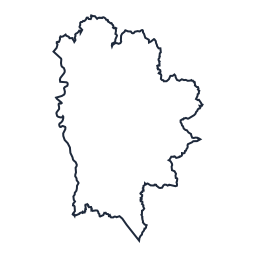 the district of Paranã, Tocantins, Brazil
{"feature_id": "56859067B79716917554970", "entity_name": "Paranã", "entity_type": "district", "adm_level": 2, "iso_a3": "BRA", "parent_name": "Brazil", "parent_adm1": "Tocantins", "projection": "natural_earth1", "projection_center": [-47.802, -12.753], "detail": "fine", "context": "isolated", "style": "outline", "palette": "slate", "viewbox_px": 256, "rotation_deg": 0, "n_neighbors": 0, "source": "geoboundaries", "source_scale": "gbopen_adm2", "svg_char_len": 5718}
<svg xmlns="http://www.w3.org/2000/svg" viewBox="0 0 256 256"><path d="M191.3,80.1L190.3,80.6L187.7,80.8L185.8,79.9L184.0,80.1L181.8,79.3L179.4,80.8L177.0,79.9L175.7,77.4L175.4,75.7L174.4,74.5L172.6,75.9L170.4,75.9L168.9,79.2L166.6,81.2L163.9,81.3L163.4,80.3L162.1,80.1L160.9,78.9L161.3,75.5L161.0,74.4L158.7,73.3L159.1,72.6L160.0,72.8L160.5,71.8L160.2,70.1L159.0,69.4L158.0,69.4L157.6,68.4L158.0,68.2L157.2,65.8L157.7,65.5L159.5,65.6L159.6,65.0L159.2,64.5L159.5,63.5L159.2,61.9L159.6,61.4L158.7,60.5L158.5,59.2L159.5,57.7L159.4,56.5L159.8,56.3L159.6,55.4L159.8,53.3L160.8,52.3L160.4,48.3L158.6,48.3L157.8,47.2L157.0,45.9L157.0,45.2L156.0,42.9L155.8,41.2L154.4,39.3L154.0,39.1L151.1,41.4L149.0,42.5L148.8,39.7L145.3,37.8L144.0,33.8L143.0,32.4L143.0,31.0L142.5,30.1L141.5,30.2L139.7,31.5L137.7,31.1L134.9,31.7L133.7,33.1L132.8,33.3L131.9,33.0L130.8,31.5L128.0,31.4L125.5,30.3L125.2,30.4L124.6,31.7L122.1,33.7L121.1,35.7L120.9,40.4L121.2,41.6L120.4,43.1L118.7,43.8L116.7,43.1L115.1,43.2L112.5,45.1L112.0,46.4L111.8,45.7L112.1,43.5L114.3,42.5L115.2,41.6L115.4,39.3L117.0,35.7L116.4,34.5L115.4,33.9L116.0,30.9L115.8,29.6L116.3,28.3L115.4,27.8L114.0,28.3L113.6,28.0L113.0,27.6L113.5,26.7L113.1,25.2L112.6,25.0L111.5,23.1L110.6,23.3L108.8,21.9L108.4,21.9L107.8,21.2L108.0,20.5L107.7,19.9L106.2,19.8L105.4,18.4L103.7,17.3L102.3,17.5L102.1,18.0L100.3,17.9L99.9,17.6L99.4,17.9L98.4,17.8L97.1,18.8L94.9,16.2L93.1,16.1L91.2,15.4L91.0,16.0L91.5,16.1L91.4,17.4L90.7,19.1L88.7,19.0L87.8,17.6L86.7,17.7L85.9,19.5L84.9,20.6L84.1,21.1L83.2,20.9L82.3,21.9L80.8,22.1L80.2,22.9L80.2,25.2L79.5,26.7L79.7,27.5L80.6,28.1L82.2,29.9L80.6,32.8L80.5,31.0L80.1,30.7L79.2,30.6L78.5,31.8L77.2,33.0L75.7,33.8L75.2,34.6L75.5,35.9L74.8,37.7L74.8,38.3L75.3,39.1L75.4,40.3L74.3,41.9L73.9,40.9L72.8,39.4L72.4,38.1L69.5,38.2L68.8,36.8L66.2,35.7L65.6,34.6L63.1,36.4L61.4,36.8L60.5,36.4L59.9,37.6L60.0,39.1L59.1,41.7L58.7,42.1L57.8,41.8L56.8,42.1L56.7,43.2L57.5,44.6L56.6,47.9L53.5,51.6L61.1,58.6L61.3,59.6L61.0,63.1L61.4,65.7L62.1,66.8L63.9,68.1L64.7,70.3L64.7,71.9L64.0,73.3L60.4,77.9L59.9,79.7L60.2,81.8L66.6,82.3L67.6,83.2L67.7,84.4L67.3,85.8L64.8,87.1L64.0,88.2L64.9,91.6L64.7,93.4L64.2,94.5L61.8,96.0L56.1,97.6L56.8,98.7L61.4,102.5L61.7,103.0L60.9,103.6L59.3,103.4L58.8,103.7L58.6,104.8L59.1,107.1L59.1,109.0L56.6,112.4L56.4,113.3L57.1,115.9L58.2,116.8L60.3,117.4L62.1,117.4L62.9,116.2L63.3,116.8L63.2,118.6L62.6,120.6L61.3,122.3L59.6,123.5L59.2,124.5L59.4,125.9L60.1,126.9L60.8,127.0L62.4,126.0L63.1,126.1L65.1,126.9L65.4,127.4L65.3,129.2L63.2,133.4L63.3,136.0L64.7,140.0L67.7,143.2L69.9,147.5L70.4,152.9L72.5,157.3L73.0,159.5L73.6,160.4L75.7,162.2L76.8,164.8L76.6,166.1L75.6,167.8L76.0,172.4L75.3,174.6L75.2,176.2L76.5,178.3L76.7,180.3L78.4,182.5L78.5,183.2L77.0,185.8L76.9,188.4L76.4,190.7L74.8,192.8L74.7,194.6L73.4,196.4L73.8,199.8L75.0,201.5L73.2,203.7L73.0,205.4L74.1,205.7L74.6,206.5L74.9,211.2L73.0,213.5L72.7,214.4L73.8,215.2L74.1,214.9L74.6,215.8L74.8,214.8L75.5,215.3L76.3,215.1L79.4,213.8L79.6,213.2L81.5,212.4L82.6,213.0L83.0,212.7L83.0,212.2L83.5,212.6L84.5,212.5L84.5,212.0L85.1,211.6L84.8,211.1L85.1,210.9L85.3,209.0L85.9,209.1L85.3,205.2L85.5,204.7L86.6,204.6L87.2,204.1L88.0,204.8L88.4,205.5L88.1,206.0L88.9,207.2L91.1,207.0L91.7,208.6L91.3,208.9L91.4,210.1L91.8,209.8L92.4,210.9L95.9,210.4L97.4,210.6L98.2,211.8L98.5,213.3L99.3,214.0L99.6,216.1L100.1,216.5L103.3,215.1L104.3,212.9L105.3,213.4L105.8,212.9L106.7,214.0L108.1,214.1L108.7,214.8L108.9,216.2L109.4,216.3L110.0,215.4L110.9,217.3L111.5,217.4L113.2,217.4L114.4,216.6L115.7,216.7L116.6,217.2L119.5,216.2L122.3,218.6L126.7,224.9L139.1,240.6L139.5,237.9L140.6,235.8L141.9,234.6L142.3,232.5L143.9,230.6L144.5,228.6L145.1,228.7L146.0,227.6L146.2,225.9L146.6,225.2L144.7,224.5L142.9,222.4L143.0,221.2L142.4,219.4L142.4,218.1L142.1,217.8L142.4,216.8L141.4,214.8L141.9,214.4L142.0,210.7L142.9,210.3L144.2,208.6L143.2,206.5L143.4,205.3L142.0,204.0L142.5,203.1L142.3,201.6L140.8,201.3L140.9,200.7L140.5,200.1L141.4,199.4L140.9,198.9L141.5,198.3L140.9,197.8L141.6,197.3L142.1,196.4L142.2,195.0L140.6,193.9L140.4,193.4L141.5,192.1L142.3,192.0L142.6,190.7L143.6,190.7L143.6,189.9L143.2,189.3L143.3,188.3L142.9,188.0L143.5,187.1L143.4,186.0L144.9,184.9L145.0,183.4L146.0,184.4L147.3,183.5L147.8,183.6L150.7,185.4L153.9,185.5L154.5,184.7L155.7,184.7L156.1,184.8L156.1,185.4L156.8,186.1L157.4,186.3L158.6,187.5L160.0,188.0L162.1,187.7L163.4,185.4L164.6,184.6L166.3,184.8L167.7,185.6L169.0,184.8L169.2,185.1L170.3,185.0L175.5,186.2L176.9,185.7L177.0,184.1L176.5,182.2L176.9,181.6L177.3,178.9L177.0,178.3L175.8,178.0L175.5,175.6L176.0,173.8L174.5,171.2L172.0,170.2L171.6,166.7L172.2,165.0L171.9,163.5L170.5,161.2L168.8,160.2L169.5,159.8L171.3,156.7L173.8,156.8L174.2,156.3L174.9,156.5L176.2,157.9L178.6,157.3L179.4,156.6L179.7,156.9L181.7,155.7L182.0,155.0L182.0,153.1L183.7,153.4L184.6,152.9L185.0,151.0L185.9,150.7L186.6,148.9L187.5,147.7L187.7,146.5L187.5,145.3L187.9,144.2L192.0,142.3L193.3,141.2L197.1,141.1L200.3,139.3L198.5,138.2L198.0,138.5L197.2,137.7L195.3,137.6L193.8,138.0L192.2,137.7L191.3,135.5L191.0,134.0L188.5,132.5L186.8,130.2L185.5,130.0L183.7,128.5L183.0,126.3L182.0,125.4L181.6,123.7L180.6,122.2L180.6,120.4L182.5,119.2L183.0,119.5L184.0,118.3L184.4,118.5L185.9,117.9L187.8,118.7L188.4,118.6L194.2,115.1L195.5,113.7L196.1,112.0L197.4,110.7L197.7,109.5L198.8,108.5L199.7,108.5L200.1,108.0L200.4,107.5L199.7,105.9L200.6,106.1L201.9,105.8L202.5,104.6L201.4,104.1L201.1,103.0L198.9,99.8L197.9,100.1L196.0,99.0L197.5,96.0L197.7,94.2L198.7,93.6L198.9,93.1L198.8,91.9L199.3,90.8L197.9,89.5L198.5,88.6L198.0,87.1L196.8,87.0L194.9,85.4L195.1,84.3L194.6,83.1L194.8,82.3L194.5,81.8L193.6,81.8L192.9,80.7L191.7,80.7L191.3,80.1Z" fill="none" stroke="#1e293b" stroke-width="2"/></svg>